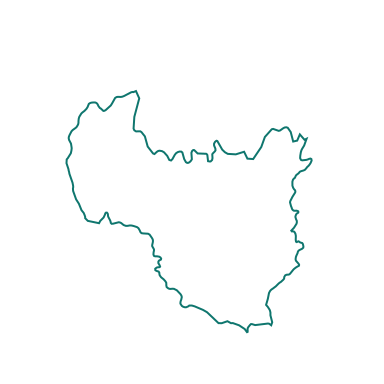 the border of Guadalajara, rotated 210°
{"feature_id": "ESP-5822", "entity_name": "Guadalajara", "entity_type": "Autonomous Community", "adm_level": 1, "iso_a3": "ESP", "parent_name": "Spain", "parent_adm1": "", "projection": "albers", "projection_center": [-2.665, 40.739], "detail": "fine", "context": "isolated", "style": "outline", "palette": "teal", "viewbox_px": 384, "rotation_deg": 210, "n_neighbors": 0, "source": "natural_earth", "source_scale": "10m", "svg_char_len": 4908}
<svg xmlns="http://www.w3.org/2000/svg" viewBox="0 0 384 384"><g transform="rotate(210 192 192)"><path d="M267.1,218.7L265.7,218.6L260.6,216.6L253.1,209.2L245.0,205.9L243.5,206.1L242.5,209.3L241.8,210.6L240.8,211.5L238.4,212.4L236.1,212.4L231.5,210.9L227.7,208.4L225.9,208.8L225.4,210.7L225.5,215.5L225.2,217.6L224.3,219.4L223.0,220.8L221.5,221.6L220.1,221.4L215.2,216.6L212.2,214.8L210.7,214.8L209.6,215.6L208.9,217.0L208.5,218.7L208.5,220.3L212.1,225.6L212.4,227.5L211.9,229.0L211.0,229.4L206.4,228.2L198.8,232.2L198.0,232.1L197.2,231.7L193.5,226.7L191.6,227.4L191.1,227.9L190.6,229.8L191.2,231.6L193.3,234.8L193.3,235.6L192.5,238.7L192.5,239.9L193.5,241.3L196.1,243.3L197.0,244.7L197.1,245.7L197.1,246.9L196.8,247.9L196.3,248.7L195.5,248.8L187.0,243.8L183.4,242.9L180.1,242.9L172.9,246.5L167.0,252.9L160.7,248.6L155.5,251.1L154.5,265.6L156.4,276.1L154.3,286.2L153.3,287.2L147.5,288.3L146.5,289.3L144.9,292.8L144.0,294.2L142.7,295.2L141.2,295.5L136.5,293.3L129.6,286.3L126.6,289.1L127.4,295.8L120.7,293.5L119.4,295.4L118.1,288.3L118.2,284.6L118.1,282.9L117.6,280.8L116.4,277.6L115.3,275.4L113.7,274.3L112.4,274.5L108.9,277.1L107.9,278.2L107.1,279.3L106.1,280.2L105.1,280.2L104.1,279.0L103.8,276.4L103.9,274.5L104.2,272.8L104.7,271.3L104.9,269.7L105.3,267.7L106.1,266.5L108.0,264.5L108.7,263.5L108.9,262.6L109.0,261.7L109.6,260.1L110.0,259.3L110.2,258.4L110.2,257.6L110.0,255.9L110.1,255.3L110.5,254.6L110.7,253.1L110.2,251.1L108.2,247.7L106.6,246.3L105.0,245.4L103.8,245.1L102.9,244.4L102.4,243.2L102.6,238.1L102.4,234.6L102.4,233.9L102.3,233.1L101.9,232.0L99.1,229.2L98.0,228.4L97.1,227.5L96.0,226.9L94.7,226.7L93.9,227.0L93.0,227.5L92.1,228.1L91.3,228.3L90.4,228.4L89.9,227.9L89.7,227.4L89.9,226.6L90.3,226.1L90.5,225.5L90.6,224.7L90.4,223.3L90.0,222.1L88.1,220.3L86.9,219.5L86.1,218.3L85.6,216.8L85.8,212.0L86.7,208.2L85.8,207.8L85.1,208.3L84.1,208.7L83.1,208.5L81.6,207.6L80.1,205.9L78.3,202.5L77.1,201.0L76.2,201.0L75.7,201.9L75.0,202.6L73.1,202.4L71.0,202.9L70.0,202.4L69.1,201.5L68.2,200.4L67.8,199.4L68.3,197.8L69.9,195.5L70.4,194.4L70.4,193.0L70.0,191.8L69.8,189.3L69.5,187.6L68.7,185.6L67.7,184.5L63.9,183.2L62.9,182.6L62.6,182.0L62.6,181.3L63.1,180.7L63.5,180.0L64.4,178.3L65.1,176.5L65.4,175.5L66.2,170.3L66.5,169.4L67.0,168.8L67.7,168.3L68.3,168.0L69.0,167.3L69.6,166.4L69.6,164.5L68.9,163.0L69.1,161.6L69.5,160.4L70.0,158.7L70.7,157.4L71.2,156.1L72.3,152.0L72.9,150.7L73.4,149.4L74.5,147.1L74.9,145.4L74.8,143.0L72.9,137.4L71.4,131.3L70.1,130.8L69.1,130.5L66.0,128.9L65.0,128.1L63.8,126.8L62.4,124.4L57.4,119.3L56.8,116.2L59.2,116.5L60.4,116.1L70.8,108.3L73.9,107.6L74.9,107.1L75.3,105.7L75.7,102.9L75.6,101.7L75.0,100.5L74.3,99.5L73.9,98.6L74.3,98.1L77.9,99.7L84.6,100.1L91.1,98.9L92.6,97.9L96.7,97.8L100.7,93.2L103.5,91.7L118.9,95.4L123.5,95.4L132.5,94.3L135.4,93.6L137.6,92.3L138.0,91.2L138.7,90.2L139.5,89.2L140.6,88.6L142.2,88.2L143.9,88.3L146.2,89.5L146.9,90.8L147.3,92.1L147.5,93.4L148.3,95.9L149.4,97.0L150.9,97.8L156.0,99.3L159.3,99.1L160.8,98.3L162.0,97.4L163.3,96.8L164.7,96.7L166.4,97.0L167.5,98.2L168.2,99.4L169.0,100.6L170.5,101.4L172.9,102.2L176.1,102.7L178.3,103.7L179.4,104.9L180.1,105.9L181.2,106.4L182.3,106.1L183.6,105.9L184.7,106.0L185.5,107.2L185.1,108.2L184.5,109.3L182.5,110.7L182.3,111.4L183.3,112.3L185.6,113.6L186.3,114.9L186.3,116.0L185.1,118.0L185.4,118.9L186.5,119.5L188.0,119.6L190.2,118.8L191.5,118.0L192.7,117.6L194.0,118.4L194.6,119.5L195.2,120.8L195.5,121.9L195.9,122.8L196.3,123.3L197.0,123.8L198.6,124.7L199.5,125.3L200.0,126.3L200.8,128.9L201.4,130.2L202.3,131.3L203.8,132.2L207.4,133.9L209.2,133.9L213.6,131.7L215.2,131.1L216.8,131.6L217.9,132.5L220.3,133.9L222.1,134.1L225.4,133.4L227.5,132.8L229.2,131.9L230.7,130.6L232.3,129.6L234.7,129.2L237.8,129.7L239.0,129.6L240.3,129.2L244.6,125.0L245.7,124.3L246.8,124.6L247.6,125.5L248.6,126.4L251.9,128.5L252.8,129.3L253.5,130.4L254.3,131.2L255.4,131.6L256.2,131.1L256.4,130.1L256.1,129.1L255.8,125.7L257.0,121.1L256.9,118.5L267.8,114.9L271.4,115.9L272.2,117.2L273.6,118.4L275.3,119.7L278.6,121.0L284.1,125.3L288.7,127.7L295.4,133.4L296.2,134.5L296.9,135.6L297.3,136.8L298.1,138.0L300.1,140.3L307.3,146.5L308.2,147.6L309.6,149.0L310.5,150.1L315.1,154.2L316.8,157.6L316.5,159.1L316.3,164.9L317.1,167.5L318.1,169.8L319.2,171.2L321.0,173.4L324.6,175.7L325.8,177.1L326.3,178.5L326.5,180.1L326.7,184.3L326.3,186.0L325.1,188.7L324.5,190.2L324.4,191.7L324.4,193.5L324.9,195.1L325.8,196.7L326.8,199.0L327.2,200.8L327.1,204.6L326.7,206.0L325.7,208.4L325.0,211.2L324.9,213.3L325.4,216.7L324.9,217.8L324.0,218.9L323.0,219.7L320.7,221.1L319.5,221.3L318.3,221.1L317.2,220.5L316.1,219.7L313.9,218.7L312.7,218.7L309.3,217.9L308.4,218.6L307.7,219.8L305.6,226.3L305.5,228.7L305.6,235.0L304.8,236.5L303.7,237.4L301.2,238.7L300.0,239.7L298.8,241.2L294.5,248.0L293.5,248.9L292.7,249.2L291.0,251.4L284.5,246.7L279.5,228.2L274.3,217.7L272.8,216.6L270.8,216.5L267.1,218.7Z" fill="none" stroke="#0f766e" stroke-width="2"/></g></svg>